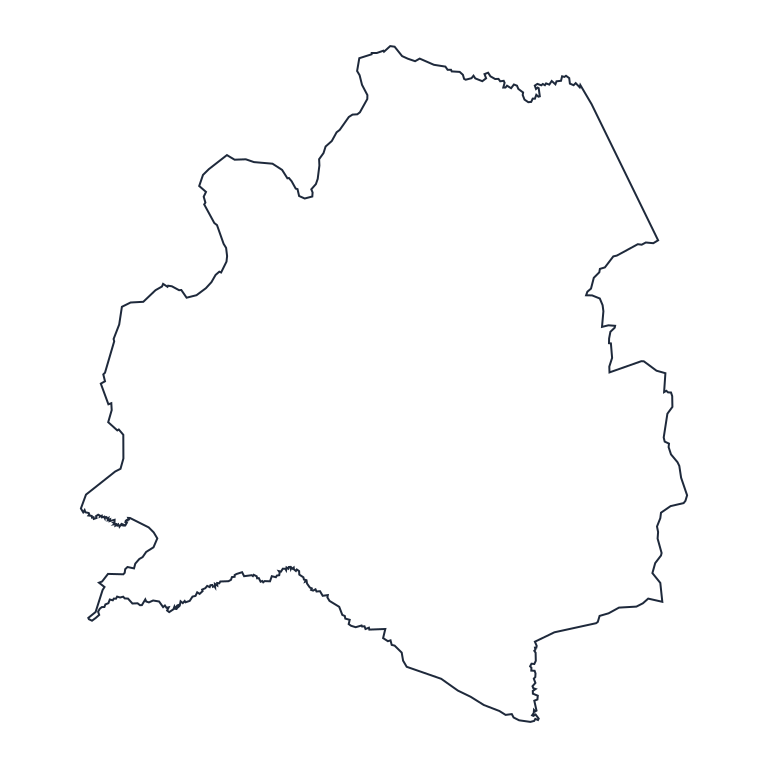 Lat Yao, Nakhon Sawan, Thailand
{"feature_id": "78962969B94323331085906", "entity_name": "Lat Yao", "entity_type": "district", "adm_level": 2, "iso_a3": "THA", "parent_name": "Thailand", "parent_adm1": "Nakhon Sawan", "projection": "natural_earth1", "projection_center": [99.741, 15.772], "detail": "fine", "context": "isolated", "style": "outline", "palette": "slate", "viewbox_px": 768, "rotation_deg": 0, "n_neighbors": 0, "source": "geoboundaries", "source_scale": "gbopen_adm2", "svg_char_len": 6024}
<svg xmlns="http://www.w3.org/2000/svg" viewBox="0 0 768 768"><path d="M433.9,64.8L419.7,58.6L415.1,61.2L407.8,58.7L402.1,56.1L394.6,46.7L390.2,46.1L384.0,51.7L383.4,50.7L376.8,53.0L371.7,53.0L371.6,54.3L359.3,58.2L357.1,71.0L359.6,75.2L362.0,84.8L367.4,95.1L367.3,99.0L359.9,112.3L357.3,114.3L352.5,114.6L348.8,117.0L339.7,129.9L336.6,132.3L331.8,141.0L325.6,146.5L323.5,153.1L319.1,159.2L319.4,165.5L317.7,178.9L315.9,184.1L311.3,189.3L312.6,192.5L312.3,196.5L304.7,198.5L299.1,196.0L297.5,189.1L295.7,188.6L291.6,181.2L288.9,178.0L287.4,178.3L282.1,169.9L272.5,163.7L254.0,162.1L245.8,159.3L234.6,159.7L226.9,155.1L208.9,169.1L203.0,174.9L199.2,186.0L206.0,191.9L203.7,196.7L205.4,202.6L204.2,204.4L214.3,223.0L217.0,225.1L223.6,243.8L226.1,247.9L227.1,256.1L226.5,261.6L221.1,272.5L219.3,271.7L215.6,274.9L211.4,282.2L205.9,288.2L196.5,295.2L186.6,297.7L181.3,290.0L179.1,290.2L171.9,286.3L168.1,285.7L167.5,286.8L163.1,283.9L162.0,286.5L155.5,290.2L143.3,301.8L130.6,302.5L121.9,306.8L119.2,324.5L113.6,339.0L114.2,341.3L105.0,372.7L103.3,374.4L105.0,381.3L100.8,383.6L108.4,404.3L111.3,403.2L111.7,410.1L108.2,422.2L117.3,430.4L118.8,429.5L123.3,434.8L123.4,458.5L120.5,468.8L115.2,471.5L86.0,494.6L80.9,508.5L83.2,512.3L84.6,510.1L85.4,512.3L88.7,513.0L89.3,514.4L88.5,515.5L91.7,515.9L92.0,517.6L93.5,517.2L93.8,518.9L96.5,518.0L96.1,516.1L98.2,514.7L100.0,515.7L99.8,516.7L101.8,515.7L102.0,517.3L104.0,516.8L104.8,518.3L105.0,516.9L106.3,517.7L106.1,516.4L107.4,518.7L108.3,518.1L107.8,520.2L110.0,519.3L109.6,521.1L114.6,519.8L114.5,522.6L113.6,522.8L115.0,523.7L114.2,524.3L115.8,524.1L115.5,525.6L117.9,524.4L117.8,525.6L119.4,525.4L119.6,526.5L120.7,525.0L122.3,525.3L120.8,523.6L125.3,525.4L126.8,522.8L125.4,522.2L125.8,520.7L127.3,520.6L127.0,519.0L127.7,520.1L128.9,519.5L128.2,517.9L130.0,518.0L148.7,527.4L153.7,532.4L157.3,538.4L153.5,547.3L146.2,551.9L142.6,557.1L139.3,559.0L135.3,563.6L134.0,568.4L127.5,567.0L125.2,569.2L124.7,572.8L123.3,574.3L108.0,573.9L102.1,581.5L99.0,582.7L104.5,587.0L102.6,590.0L95.6,612.0L88.3,617.9L88.9,619.2L92.0,620.7L95.8,617.9L99.2,614.9L98.1,611.7L99.8,608.7L101.8,607.1L104.4,607.0L105.4,604.4L108.4,603.2L109.8,599.5L112.8,600.3L113.8,598.6L116.0,598.7L117.1,596.6L120.1,597.5L123.2,596.7L124.7,598.4L128.0,598.6L132.4,603.5L137.6,603.3L140.0,605.2L141.9,605.1L145.3,599.4L146.2,601.5L148.9,602.4L153.1,600.5L159.1,601.5L163.1,607.1L164.9,605.5L166.5,607.8L168.7,607.3L167.1,610.5L169.2,612.1L173.4,609.3L174.4,606.7L175.1,608.8L176.5,609.0L177.4,607.6L176.2,606.8L177.4,605.4L178.5,605.0L178.9,606.5L179.7,605.7L180.6,601.3L182.8,603.1L184.7,601.0L185.5,602.3L189.7,600.9L192.5,596.6L195.5,595.9L197.2,592.3L199.6,593.9L202.6,591.1L202.1,589.6L205.3,588.2L207.2,585.9L209.7,587.1L210.4,585.2L212.3,585.0L212.9,586.8L214.3,586.1L215.1,587.3L214.9,583.9L217.3,585.5L217.2,583.0L219.3,583.3L220.3,581.5L228.5,581.2L231.0,579.8L231.9,577.1L234.6,576.8L234.7,575.0L236.5,574.0L242.1,572.2L244.1,576.2L251.7,575.2L252.9,576.1L253.7,574.8L256.7,576.3L257.1,578.3L258.8,578.1L260.6,581.7L262.2,581.0L263.2,582.3L264.6,581.1L270.0,581.3L271.8,576.2L275.9,577.2L276.8,575.6L279.2,575.2L279.7,572.5L278.8,571.1L281.0,571.6L282.8,568.7L285.4,568.8L286.1,570.1L286.5,567.5L288.2,568.7L288.8,567.0L290.3,566.9L290.8,569.0L291.4,567.6L292.4,568.7L293.7,567.6L293.9,569.3L295.9,571.0L296.8,569.5L299.1,571.1L299.3,574.6L303.4,577.3L303.9,579.5L305.8,580.0L305.2,581.6L306.6,580.9L307.0,583.5L309.8,587.5L311.8,588.4L311.1,589.9L313.1,590.6L315.5,589.3L316.5,591.5L320.0,591.2L322.7,595.8L327.8,595.1L327.4,597.4L329.5,600.9L339.2,606.8L342.3,614.9L344.8,616.0L345.3,618.6L349.7,619.8L348.7,624.1L351.1,625.8L355.7,627.2L361.6,625.5L362.1,626.5L364.5,626.3L365.5,629.0L368.9,627.7L369.3,629.6L385.3,629.0L383.1,638.1L387.9,641.2L390.5,640.3L391.7,644.9L394.6,645.6L401.7,652.6L403.1,660.7L406.7,666.8L441.2,678.8L457.9,690.6L470.7,696.8L483.8,705.0L499.4,711.0L505.6,714.9L511.8,714.1L513.6,717.5L519.1,720.3L530.4,721.9L534.2,720.9L535.3,718.9L538.0,720.0L538.7,718.6L535.6,714.5L533.4,715.9L532.1,715.3L533.7,713.1L534.0,710.0L535.2,711.4L536.5,710.6L534.3,700.7L537.4,699.5L537.8,695.7L532.9,693.7L532.8,690.9L535.6,689.0L533.3,688.2L532.5,686.2L535.4,682.9L533.8,678.7L535.3,677.0L535.5,673.4L534.6,670.8L531.3,670.6L531.4,667.7L530.1,666.3L531.5,663.7L534.3,664.0L535.8,660.8L535.6,652.7L534.3,650.8L535.4,649.6L535.0,647.7L536.3,647.7L536.7,645.9L534.9,641.7L554.4,632.3L596.1,623.2L597.8,621.9L599.6,615.9L608.6,613.3L619.0,607.6L636.4,606.6L642.9,603.3L648.2,598.6L662.3,601.8L660.3,582.9L652.4,573.1L655.2,563.1L661.0,555.5L661.6,553.0L657.6,538.6L658.1,532.0L657.0,526.5L660.3,518.2L661.0,512.7L670.6,506.1L683.6,503.1L685.4,500.9L687.1,495.3L681.1,477.7L679.3,465.9L677.5,462.2L671.0,454.4L668.6,447.1L669.0,443.6L664.7,441.6L663.7,437.5L667.4,413.7L672.4,406.9L672.2,396.1L671.0,392.5L668.1,392.4L666.3,390.8L664.1,392.1L665.4,373.2L656.5,370.7L643.8,361.3L641.3,361.2L609.5,372.4L609.3,366.6L612.1,357.9L610.9,343.4L609.0,343.2L609.1,338.5L610.4,331.8L614.7,327.7L615.1,325.8L608.4,325.3L602.0,326.9L603.4,311.3L602.6,305.2L599.8,298.5L592.1,295.4L586.1,295.3L587.4,291.7L591.0,288.6L593.8,277.8L599.3,272.3L599.9,268.9L604.9,267.4L613.3,256.4L616.8,255.6L637.8,244.2L641.7,244.7L645.8,242.5L653.3,243.2L658.1,240.3L591.6,104.2L580.3,85.0L579.7,87.3L575.7,83.1L573.6,85.2L569.9,83.6L569.2,78.1L566.0,75.8L564.4,76.9L562.1,76.3L561.0,80.8L556.5,81.3L555.4,84.3L551.7,81.0L549.3,84.6L546.1,83.4L544.9,85.2L542.8,84.0L541.3,85.3L537.4,83.9L534.8,85.6L536.0,89.0L537.6,87.6L538.7,88.2L539.8,96.3L538.4,96.7L536.3,94.8L534.9,98.7L532.7,98.6L531.2,101.9L528.3,102.2L524.5,99.6L522.7,95.0L523.1,92.5L518.3,88.9L517.0,85.7L513.9,84.5L511.1,88.2L507.0,85.7L505.5,87.5L503.3,87.5L504.6,82.8L503.7,80.8L500.2,81.3L498.5,78.9L495.1,79.0L490.4,76.3L488.1,72.7L484.5,74.1L486.1,78.3L482.3,81.2L475.3,78.4L473.5,75.7L471.5,78.2L465.7,79.7L464.1,78.9L462.9,74.8L459.7,71.9L451.7,71.4L451.0,69.8L447.6,69.8L445.4,66.6L433.9,64.8Z" fill="none" stroke="#1e293b" stroke-width="2"/></svg>